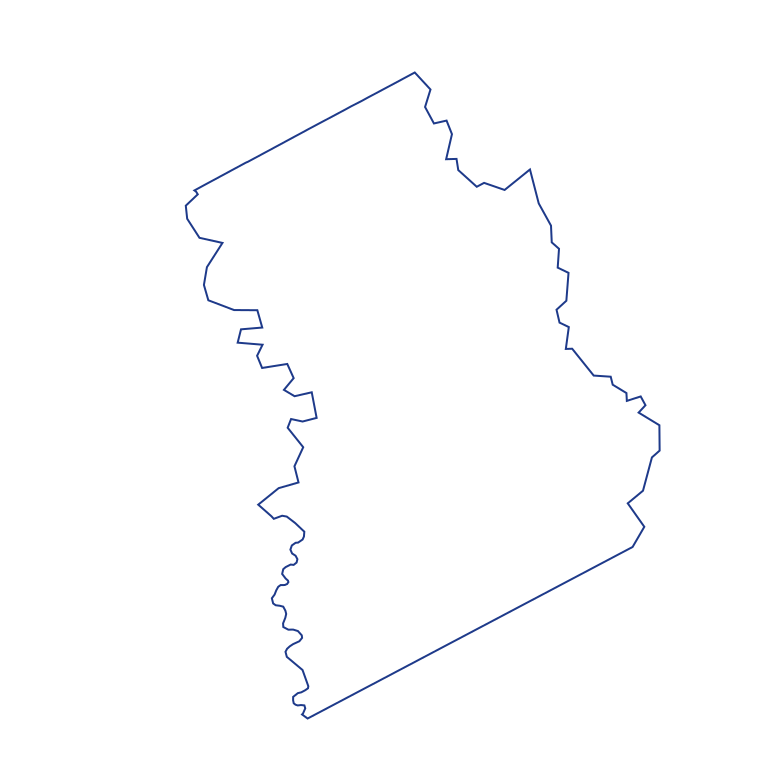 outline of Bowie, Texas, United States of America, rotated 242°
{"feature_id": "52423323B35633344294937", "entity_name": "Bowie", "entity_type": "district", "adm_level": 2, "iso_a3": "USA", "parent_name": "United States of America", "parent_adm1": "Texas", "projection": "equal_earth", "projection_center": [-94.429, 33.475], "detail": "fine", "context": "isolated", "style": "outline", "palette": "blue", "viewbox_px": 768, "rotation_deg": 242, "n_neighbors": 0, "source": "geoboundaries", "source_scale": "gbopen_adm2", "svg_char_len": 2050}
<svg xmlns="http://www.w3.org/2000/svg" viewBox="0 0 768 768"><g transform="rotate(242 384 384)"><path d="M193.4,586.1L195.8,596.1L218.3,607.8L239.2,595.4L242.5,604.9L252.5,604.8L255.1,590.5L262.2,593.8L276.0,585.6L284.0,587.6L293.0,573.1L326.8,566.7L329.6,561.0L347.5,573.9L355.8,567.8L368.6,571.2L371.9,584.1L395.5,599.1L405.2,592.0L421.2,602.0L430.3,598.6L445.4,605.8L470.8,605.4L504.9,613.6L498.7,581.6L514.6,566.8L514.6,558.5L538.0,550.0L548.7,553.7L553.3,544.4L572.7,561.3L587.2,562.9L590.6,550.4L609.3,550.3L622.2,563.3L644.6,557.4L644.5,525.4L644.5,508.9L644.5,504.2L644.4,497.7L644.6,485.4L644.5,479.0L644.5,471.0L644.5,437.2L644.4,426.6L644.4,421.9L644.2,388.0L644.1,367.6L644.2,367.4L644.3,365.6L644.0,317.2L643.9,308.3L643.9,307.5L642.0,308.4L638.9,308.6L634.5,292.7L622.3,287.8L599.7,289.7L584.4,307.6L570.3,282.5L556.0,271.5L540.4,268.2L519.7,286.3L508.6,306.8L491.0,303.0L499.4,283.4L489.2,274.2L475.7,295.2L468.5,285.2L455.4,283.9L447.1,308.0L431.6,307.0L425.8,292.9L415.2,299.3L410.6,316.3L385.7,308.6L389.1,294.5L396.7,285.5L390.6,278.4L366.1,283.0L353.4,266.3L337.2,262.3L341.5,242.1L336.5,216.3L320.1,222.5L316.7,223.4L315.5,232.2L312.6,235.9L302.9,240.3L291.0,244.3L286.9,241.7L284.9,239.1L284.3,233.7L285.3,231.4L284.7,226.8L281.7,223.6L277.5,223.3L273.9,225.3L270.0,225.3L267.4,223.0L266.7,219.3L268.4,216.8L268.5,211.2L267.8,208.1L264.1,204.9L258.5,205.8L255.5,206.9L254.0,206.6L252.9,204.6L253.1,202.0L255.0,198.3L254.6,195.4L252.4,192.0L249.4,188.5L247.5,184.4L242.3,183.1L239.5,184.5L237.1,187.9L234.7,190.5L230.1,190.5L226.9,189.7L223.9,187.1L220.0,182.5L216.7,181.0L212.0,184.2L209.8,188.5L206.3,192.0L200.7,193.4L198.3,192.5L196.6,188.5L197.0,181.6L196.6,177.6L195.7,174.1L193.8,171.3L188.7,170.1L169.7,177.8L152.7,175.3L151.0,174.0L150.6,170.6L150.6,166.2L151.5,162.8L150.4,156.9L147.5,155.3L144.5,154.4L142.4,155.3L140.7,156.9L139.5,160.0L137.6,162.8L134.6,162.2L131.1,157.8L130.7,156.5L124.5,159.5L123.4,527.0L135.7,546.8L164.2,543.2L168.2,562.6L193.4,586.1Z" fill="none" stroke="#1e3a8a" stroke-width="2"/></g></svg>